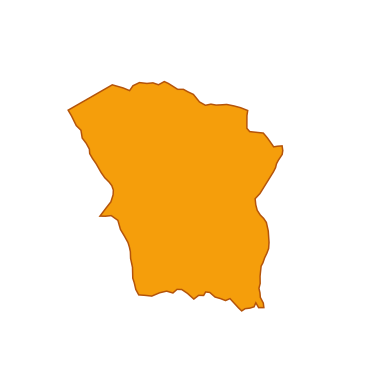 outline of Nossa Senhora das Graças, Paraná, Brazil, rotated 327°
{"feature_id": "56859067B74231100015306", "entity_name": "Nossa Senhora das Graças", "entity_type": "district", "adm_level": 2, "iso_a3": "BRA", "parent_name": "Brazil", "parent_adm1": "Paraná", "projection": "natural_earth1", "projection_center": [-51.797, -22.919], "detail": "fine", "context": "isolated", "style": "filled", "palette": "amber", "viewbox_px": 384, "rotation_deg": 327, "n_neighbors": 0, "source": "geoboundaries", "source_scale": "gbopen_adm2", "svg_char_len": 1587}
<svg xmlns="http://www.w3.org/2000/svg" viewBox="0 0 384 384"><g transform="rotate(327 192 192)"><path d="M183.5,58.7L132.7,55.9L132.4,62.5L131.1,73.3L132.5,79.7L129.3,87.0L129.8,93.6L129.3,100.1L127.1,104.1L126.8,109.6L127.0,116.0L126.4,126.3L126.6,132.5L127.9,138.6L128.2,143.0L127.1,147.5L124.3,151.4L118.6,156.1L111.6,158.5L101.7,162.1L106.1,165.1L111.4,167.8L114.4,175.4L111.6,184.5L111.3,192.4L110.8,199.5L109.5,204.1L107.8,208.5L104.3,214.3L101.1,222.7L95.4,232.0L94.2,236.5L91.8,243.1L91.3,249.3L96.2,253.0L101.6,257.4L110.0,258.9L116.7,261.3L121.0,266.3L126.4,265.5L130.3,268.2L133.0,274.6L135.2,282.8L141.3,282.3L145.4,285.1L149.0,283.3L152.2,285.9L154.1,292.6L157.9,297.0L161.0,301.3L165.8,302.1L167.9,314.5L168.9,318.8L173.0,318.8L177.3,320.9L181.5,322.1L185.2,319.7L184.9,325.3L189.3,328.1L191.3,324.0L191.9,317.6L194.1,313.5L195.7,309.2L199.3,305.9L203.2,299.7L209.6,291.8L212.9,290.0L217.0,286.8L221.3,284.2L225.5,281.1L229.1,276.3L231.5,272.0L234.7,266.3L237.8,258.0L237.7,253.2L236.7,248.4L236.7,242.9L238.5,237.5L241.3,232.0L248.1,230.3L260.9,224.3L271.1,219.5L275.3,217.1L278.3,214.3L281.7,212.4L288.1,209.6L290.7,206.7L292.7,202.4L288.7,200.2L285.1,198.6L284.7,188.0L283.9,181.4L273.3,172.8L272.7,168.5L275.5,164.2L279.7,157.8L283.1,154.0L278.7,147.8L274.1,142.7L268.8,137.5L263.6,134.6L259.5,132.2L255.7,128.6L250.5,126.6L247.3,120.5L246.3,110.9L243.1,105.7L240.7,101.2L235.9,98.1L233.3,92.4L231.3,88.1L228.9,84.3L222.3,83.8L218.7,79.2L213.3,76.4L207.5,71.6L200.4,70.7L194.9,73.0L190.9,67.2L183.5,58.7Z" fill="#f59e0b" stroke="#b45309" stroke-width="1.5"/></g></svg>